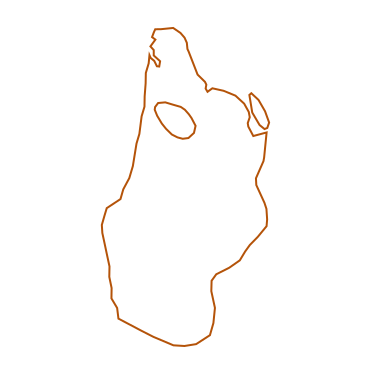 the district of Mundok, P'yŏngan-namdo, North Korea, rotated 106°
{"feature_id": "82179303B50652768805745", "entity_name": "Mundok", "entity_type": "district", "adm_level": 2, "iso_a3": "PRK", "parent_name": "North Korea", "parent_adm1": "P'yŏngan-namdo", "projection": "albers", "projection_center": [125.486, 39.516], "detail": "fine", "context": "isolated", "style": "outline", "palette": "amber", "viewbox_px": 384, "rotation_deg": 106, "n_neighbors": 0, "source": "geoboundaries", "source_scale": "gbopen_adm2", "svg_char_len": 1498}
<svg xmlns="http://www.w3.org/2000/svg" viewBox="0 0 384 384"><g transform="rotate(106 192 192)"><path d="M204.3,110.9L197.7,112.2L187.7,115.8L182.4,119.4L167.6,132.1L161.2,134.3L142.6,131.8L138.8,132.2L114.2,136.7L120.8,147.7L121.3,148.5L113.6,155.9L110.4,157.4L104.2,157.1L99.4,159.5L92.7,166.2L87.4,176.8L86.0,189.5L86.7,201.0L91.4,204.7L88.8,207.4L84.9,207.8L82.6,209.8L77.6,219.0L58.0,233.9L55.8,235.8L50.0,238.1L45.7,241.7L42.3,246.9L39.5,255.3L44.0,266.6L45.7,272.2L49.1,272.7L54.1,273.1L55.6,269.2L63.5,272.1L66.1,267.9L71.3,266.4L75.1,258.7L80.4,258.1L80.8,260.4L76.4,264.4L74.5,268.7L72.2,270.6L80.3,269.1L90.3,269.2L100.4,266.5L113.0,263.9L123.1,261.2L133.1,261.3L150.7,258.6L160.7,258.7L183.4,256.0L195.9,256.1L208.4,258.8L218.5,258.8L231.0,269.5L238.5,269.6L248.5,269.6L256.1,266.9L266.2,261.5L276.2,256.2L286.3,250.8L296.4,248.1L306.5,242.8L316.5,240.1L324.1,232.0L334.0,227.8L339.3,202.5L341.9,189.1L344.5,167.6L342.1,156.8L337.1,146.1L324.7,135.3L312.1,135.3L297.1,138.0L282.0,146.1L271.9,148.7L264.4,146.0L254.5,135.3L244.5,127.2L234.5,124.5L227.0,121.8L217.0,116.4L204.3,110.9ZM120.5,250.9L115.8,249.1L113.2,242.4L113.3,234.3L113.3,226.3L114.9,221.5L118.1,216.5L121.0,212.9L127.4,206.8L134.7,206.4L141.1,210.3L143.4,215.6L143.5,221.0L142.3,227.2L138.4,234.4L134.5,239.9L128.3,246.5L123.2,250.5L120.5,250.9ZM99.0,156.0L109.0,145.5L111.5,139.6L109.7,137.3L104.0,137.0L94.3,144.0L85.2,153.4L80.7,162.2L82.9,163.6L99.0,156.0Z" fill="none" stroke="#b45309" stroke-width="2"/></g></svg>